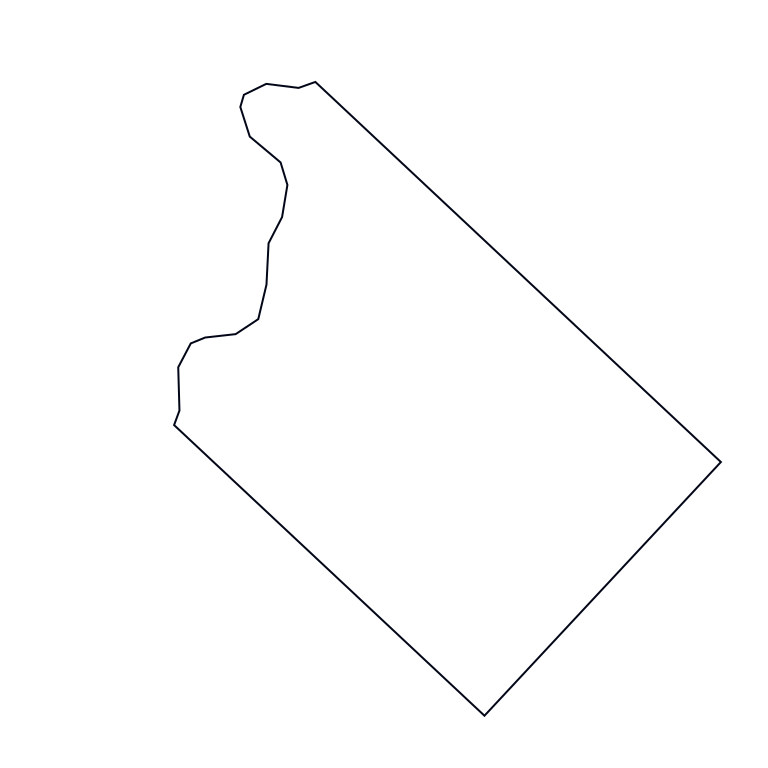 the district of Walworth, South Dakota, United States of America, rotated 43°
{"feature_id": "52423323B58103435188047", "entity_name": "Walworth", "entity_type": "district", "adm_level": 2, "iso_a3": "USA", "parent_name": "United States of America", "parent_adm1": "South Dakota", "projection": "equal_earth", "projection_center": [-100.243, 45.42], "detail": "fine", "context": "isolated", "style": "outline", "palette": "ink", "viewbox_px": 768, "rotation_deg": 43, "n_neighbors": 0, "source": "geoboundaries", "source_scale": "gbopen_adm2", "svg_char_len": 426}
<svg xmlns="http://www.w3.org/2000/svg" viewBox="0 0 768 768"><g transform="rotate(43 384 384)"><path d="M676.1,211.3L127.8,209.9L119.6,225.7L93.2,244.8L84.3,268.0L90.0,279.4L117.1,294.6L157.3,292.5L177.6,304.3L195.6,331.4L203.6,359.8L230.3,391.5L247.8,422.3L241.5,448.7L221.5,472.0L215.0,486.1L222.1,512.1L252.5,542.9L258.5,557.2L683.7,558.1L683.6,211.3L676.1,211.3Z" fill="none" stroke="#020617" stroke-width="2"/></g></svg>